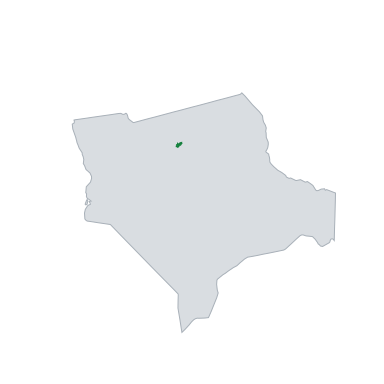 location of Kasarani, Nairobi, Kenya, rotated 136°
{"feature_id": "3690345B25272410242240", "entity_name": "Kasarani", "entity_type": "district", "adm_level": 2, "iso_a3": "KEN", "parent_name": "Kenya", "parent_adm1": "Nairobi", "projection": "orthographic", "projection_center": [36.978, -1.252], "detail": "fine", "context": "in_parent", "style": "filled", "palette": "green", "viewbox_px": 384, "rotation_deg": 136, "n_neighbors": 0, "source": "geoboundaries", "source_scale": "gbopen_adm2", "svg_char_len": 3931}
<svg xmlns="http://www.w3.org/2000/svg" viewBox="0 0 384 384"><g transform="rotate(136 192 192)"><path d="M87.3,228.7L87.2,224.2L87.9,212.8L87.8,202.8L88.4,197.8L90.8,194.6L92.0,192.3L92.8,189.1L94.1,186.5L97.0,184.3L97.6,183.1L100.7,179.6L102.5,175.0L103.9,173.4L105.7,172.0L106.9,171.2L109.0,170.4L110.6,170.0L110.9,169.6L111.0,168.9L110.5,166.0L111.2,165.1L112.2,163.2L113.5,161.4L114.6,160.3L115.3,159.1L115.6,157.1L115.6,155.7L115.6,153.4L115.2,148.1L113.9,143.7L113.1,138.8L113.7,137.2L112.7,134.3L112.2,134.1L111.3,133.5L110.3,130.8L109.4,128.3L108.9,127.7L105.4,125.5L103.7,120.4L101.7,119.3L100.7,114.2L100.5,112.7L101.6,107.6L101.5,106.5L100.3,105.4L97.0,104.3L94.4,102.2L94.7,101.5L94.9,100.7L93.5,100.2L89.5,91.6L94.7,86.4L100.1,81.1L106.9,74.4L113.2,68.3L118.6,63.0L123.4,58.3L123.3,59.2L123.3,60.4L123.9,61.1L124.9,61.6L126.3,61.1L127.5,60.3L128.6,60.2L135.9,62.1L137.1,63.9L137.0,65.7L137.3,67.0L136.8,68.4L136.2,72.4L136.3,76.2L138.5,78.9L140.4,81.1L142.0,84.1L143.1,85.0L144.7,85.5L149.6,85.7L157.0,85.8L164.1,86.0L164.8,86.1L166.3,86.5L172.8,90.6L178.8,94.4L183.8,97.7L188.8,100.8L193.5,103.9L197.3,106.5L200.9,107.3L206.8,107.7L211.0,107.8L214.8,108.9L220.4,109.9L224.6,110.4L227.2,111.0L234.2,111.6L235.4,111.2L238.5,108.4L242.0,103.8L243.3,101.2L247.8,98.7L255.7,95.2L261.3,92.7L267.4,90.2L270.3,92.4L274.2,95.9L275.9,97.6L277.3,98.4L279.4,98.9L282.0,98.9L283.4,98.8L286.2,98.4L292.9,98.0L296.8,98.0L293.6,102.6L289.7,108.1L282.7,118.3L277.3,123.7L273.2,127.7L272.8,128.5L272.8,133.0L272.9,144.0L273.1,166.2L273.2,188.3L273.3,210.5L273.3,221.6L273.3,225.3L276.9,230.0L280.4,234.5L285.0,240.6L287.5,243.8L287.9,244.9L287.8,247.0L284.0,251.5L280.8,253.6L276.6,254.6L275.4,254.4L273.7,253.7L273.0,254.8L272.6,256.5L271.6,256.1L270.9,255.6L271.3,258.6L271.8,260.1L271.1,262.1L269.1,263.9L268.9,265.3L264.4,269.2L258.2,269.6L254.8,271.5L253.4,273.1L252.2,276.5L252.6,281.8L250.9,285.8L250.5,287.9L247.3,290.5L245.8,292.9L244.8,295.4L243.8,296.4L242.7,301.9L241.2,305.3L240.8,306.4L240.4,307.4L239.2,309.3L238.5,310.7L237.9,311.6L234.0,320.1L231.0,324.0L228.7,323.5L227.1,325.0L227.0,325.7L226.1,325.3L224.2,323.9L220.2,321.0L216.2,318.1L212.1,315.2L208.1,312.3L204.1,309.4L200.1,306.5L196.1,303.6L192.0,300.7L189.7,299.0L188.6,298.0L187.8,295.9L187.4,295.5L186.3,294.8L185.1,294.7L184.7,294.3L184.7,293.3L185.2,291.9L186.7,289.3L186.8,287.7L186.5,285.9L186.1,283.1L185.7,282.4L183.0,280.9L177.4,277.8L171.8,274.7L166.2,271.5L160.6,268.4L155.0,265.3L149.4,262.2L143.8,259.0L138.2,255.9L132.6,252.8L127.0,249.6L121.4,246.5L115.8,243.4L110.1,240.3L104.5,237.1L98.9,234.0L93.3,230.9L91.2,229.7L89.3,228.7L87.3,228.7ZM273.7,259.2L272.7,259.4L273.2,257.9L276.1,256.0L277.2,256.4L277.5,256.9L277.4,257.3L276.9,257.7L273.7,259.2Z" fill="#d9dde1" stroke="#a8b0b8" stroke-width="1"/><path d="M167.1,235.4L167.6,235.4L167.9,235.4L168.0,235.5L168.3,235.7L168.3,235.8L168.5,236.0L168.7,236.3L168.8,236.3L168.8,236.5L168.9,236.4L169.0,236.4L169.3,236.3L169.4,236.2L169.5,236.3L169.9,236.4L170.2,236.4L170.3,236.5L170.5,236.5L170.8,236.5L170.7,236.5L170.7,236.4L170.7,236.2L170.8,236.1L171.0,235.9L171.3,235.8L171.4,235.7L171.5,235.6L171.4,235.5L171.4,235.4L171.2,235.3L171.0,235.1L171.1,234.8L171.1,234.7L170.9,234.8L170.8,234.7L170.7,234.6L170.7,234.4L170.4,234.0L170.2,234.0L169.9,234.1L169.7,234.2L169.6,234.3L169.4,234.4L169.4,234.5L169.2,234.5L169.1,234.8L168.9,234.8L168.8,234.7L168.7,234.7L168.4,234.5L168.4,234.4L168.4,234.5L168.3,234.4L168.3,234.5L168.2,234.5L167.9,234.6L167.7,234.6L167.4,234.5L167.2,234.4L166.9,234.4L166.7,234.3L166.6,234.2L166.4,234.0L166.2,234.1L165.8,234.3L165.7,234.5L165.4,234.7L165.3,234.8L165.5,234.9L165.8,234.8L166.0,234.8L166.0,234.7L166.1,234.8L166.1,234.7L166.3,234.7L166.3,234.8L166.5,234.8L166.8,234.9L166.7,234.9L166.6,235.0L166.4,235.0L166.2,235.2L166.2,235.3L166.3,235.3L166.5,235.4L166.8,235.3L167.0,235.2L167.1,235.4Z" fill="#22c55e" stroke="#15803d" stroke-width="1.5"/></g></svg>